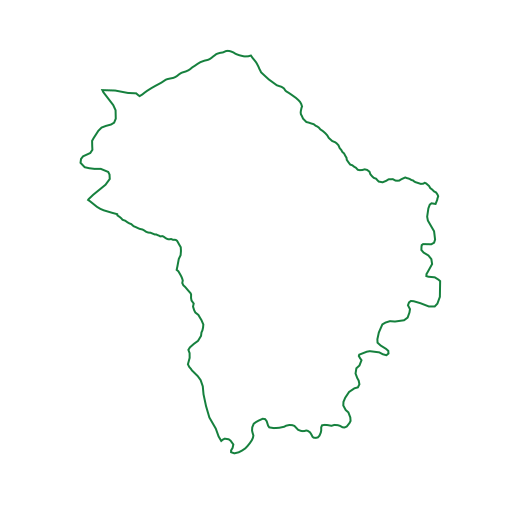 outline of Kengkhar, Mongar, Bhutan, rotated 9°
{"feature_id": "84629894B5600301866279", "entity_name": "Kengkhar", "entity_type": "district", "adm_level": 2, "iso_a3": "BTN", "parent_name": "Bhutan", "parent_adm1": "Mongar", "projection": "robinson", "projection_center": [91.304, 27.128], "detail": "fine", "context": "isolated", "style": "outline", "palette": "green", "viewbox_px": 512, "rotation_deg": 9, "n_neighbors": 0, "source": "geoboundaries", "source_scale": "gbopen_adm2", "svg_char_len": 5259}
<svg xmlns="http://www.w3.org/2000/svg" viewBox="0 0 512 512"><g transform="rotate(9 256 256)"><path d="M375.2,404.1L374.4,400.7L371.7,396.0L368.7,394.1L365.6,390.0L365.2,386.4L366.3,382.0L369.2,375.7L373.9,371.3L377.2,369.8L378.2,366.5L376.9,363.0L375.1,360.7L372.7,356.5L372.7,351.2L375.3,348.0L376.5,342.4L374.8,340.7L373.2,338.7L373.4,337.3L380.4,333.2L383.3,332.2L392.8,331.9L396.6,333.2L400.3,333.6L402.1,331.6L401.5,329.0L399.0,327.4L393.1,324.9L389.6,322.6L388.9,319.2L389.3,312.3L391.5,303.8L394.3,301.5L398.5,299.4L403.5,299.0L412.3,296.3L415.4,293.1L416.4,287.8L416.4,284.4L413.8,280.9L414.4,277.9L416.0,276.2L418.8,276.0L425.8,276.9L434.6,278.8L440.4,277.9L442.6,274.7L444.0,267.6L441.8,252.0L439.9,250.8L435.9,249.1L429.5,249.5L427.4,249.2L427.2,247.2L428.0,245.2L431.2,236.4L429.7,231.7L426.2,228.5L421.0,226.4L418.4,224.2L418.0,221.0L418.0,219.3L419.2,218.1L427.3,217.0L429.8,215.0L430.3,211.8L429.1,207.5L428.0,203.7L420.2,194.1L418.9,190.4L418.8,182.0L419.6,178.1L421.1,176.5L425.2,176.5L426.2,172.1L426.2,170.9L426.6,168.5L426.1,167.6L425.2,166.4L423.8,165.0L421.8,164.4L419.6,162.8L417.5,161.7L416.0,159.8L414.1,158.6L412.7,157.7L411.2,157.3L409.9,158.4L407.5,159.0L403.8,158.4L401.8,158.1L400.3,157.5L399.5,156.9L397.5,156.6L395.8,155.9L394.4,155.6L393.0,155.5L391.1,155.1L388.2,157.0L387.0,157.9L385.7,159.1L384.0,159.5L382.0,159.7L379.1,158.7L377.3,159.1L375.0,159.5L372.8,161.4L369.5,163.4L366.6,163.3L365.6,163.3L363.7,161.9L362.6,160.9L360.1,160.4L358.3,159.2L356.2,157.4L354.9,155.0L353.4,154.2L352.3,153.6L349.8,153.4L347.4,154.5L344.9,155.0L343.0,154.9L340.9,153.2L339.0,152.5L336.9,151.3L334.8,151.0L333.6,149.9L332.2,148.5L330.6,146.8L330.0,144.8L328.7,143.3L326.9,140.9L325.1,139.8L323.6,137.9L321.8,136.4L320.1,133.7L318.0,132.1L316.5,131.3L313.2,130.5L311.7,129.5L309.4,128.0L307.5,125.7L305.4,124.0L303.4,122.7L302.2,122.0L299.8,120.9L297.9,119.3L296.2,118.5L294.5,118.0L292.4,116.8L289.4,116.4L287.3,116.0L284.8,115.8L281.0,113.0L279.3,110.4L278.2,109.0L277.7,107.4L277.6,105.8L277.7,103.9L277.8,102.2L278.1,101.2L276.9,98.8L275.4,96.9L273.5,95.4L270.7,93.6L265.7,91.1L262.7,89.7L260.2,88.7L259.0,87.9L257.5,86.2L255.7,85.3L254.2,84.8L252.6,84.6L249.8,84.1L245.7,82.0L241.0,79.6L237.5,77.3L232.3,73.8L231.3,72.3L230.1,70.7L228.8,68.6L227.1,66.3L225.9,64.8L224.2,63.2L221.5,60.8L219.6,58.8L217.0,60.0L214.4,60.5L212.9,60.7L210.2,60.5L208.0,60.3L205.4,59.8L203.9,59.4L201.9,58.5L199.3,57.9L197.5,57.7L195.5,57.9L194.1,58.4L192.9,59.2L191.5,60.1L188.7,61.0L186.6,62.0L185.2,62.8L184.0,64.1L182.4,65.7L181.0,67.3L179.5,68.7L178.0,69.7L176.6,70.3L174.6,71.1L172.6,72.2L170.8,73.2L168.2,75.4L165.7,77.8L163.6,79.6L161.6,81.9L160.1,83.2L157.8,84.7L154.3,86.4L153.0,87.3L151.4,88.8L150.0,90.4L148.4,91.8L146.5,93.0L143.0,94.3L140.7,95.2L139.3,96.0L135.5,99.5L133.7,100.9L130.0,103.7L126.6,106.4L122.6,109.9L120.5,112.0L118.4,114.3L116.0,116.3L114.1,115.3L112.2,114.1L103.9,115.0L91.0,114.6L78.3,116.2L79.6,118.1L91.4,129.3L94.5,134.0L96.0,142.3L95.0,146.5L92.3,148.8L87.4,151.0L83.4,153.3L80.7,157.0L77.2,164.9L76.1,167.9L77.0,172.9L77.8,176.7L76.2,180.2L69.6,184.6L68.0,187.5L68.1,191.4L72.9,195.1L77.6,195.4L83.1,195.2L89.0,194.2L96.9,196.1L98.6,198.5L99.5,202.8L96.2,209.2L85.7,220.9L81.8,226.0L81.4,226.9L83.5,227.9L91.2,232.3L94.9,233.8L98.5,234.7L107.5,235.9L112.4,236.4L112.8,237.6L113.7,238.0L115.5,238.9L117.1,239.9L118.5,241.1L121.3,241.6L123.7,242.8L125.8,243.6L127.8,244.0L130.4,245.7L132.9,246.3L134.9,246.9L136.8,247.4L139.8,247.6L141.7,248.3L143.5,249.2L145.2,249.6L146.8,249.7L148.0,249.5L152.8,250.6L153.9,250.3L155.7,250.8L157.1,251.1L158.4,251.6L160.6,251.0L162.1,251.5L164.0,252.5L165.5,253.0L166.7,253.2L168.2,253.0L169.4,252.5L171.6,253.0L173.0,252.7L174.3,252.7L175.6,253.3L176.7,254.6L178.0,256.3L180.3,259.1L181.1,262.8L181.4,267.0L180.2,271.0L180.0,278.5L179.8,282.1L181.7,283.2L184.3,286.4L185.5,288.0L186.6,289.8L187.5,291.7L187.4,294.2L188.8,296.3L190.8,297.6L194.3,300.6L197.2,303.0L197.9,304.1L198.2,306.1L198.4,307.6L199.3,310.1L200.3,311.1L201.9,312.7L201.7,315.8L203.4,319.2L204.9,321.3L208.3,323.2L210.4,325.8L212.1,327.8L214.7,331.9L214.9,335.0L214.7,337.9L214.1,340.0L214.2,343.5L212.0,348.9L208.4,352.5L205.0,356.6L203.9,359.3L205.6,362.3L206.4,367.0L205.7,373.6L207.4,376.0L209.4,377.7L210.6,379.0L217.3,383.8L220.7,387.2L223.8,393.0L225.8,400.8L230.1,412.0L235.2,422.8L243.3,432.8L247.3,440.1L250.6,444.1L251.9,442.6L253.7,441.3L257.7,441.3L259.8,442.4L263.1,445.7L263.0,447.3L262.9,449.2L261.8,451.9L262.1,453.7L265.5,454.3L269.6,452.6L272.6,450.4L275.5,447.7L277.3,445.1L279.2,441.8L280.7,438.6L281.4,436.0L281.5,433.7L280.2,431.0L279.4,429.0L279.1,425.8L280.0,422.0L282.0,420.0L284.3,418.2L288.1,415.7L290.5,415.7L292.4,417.5L293.3,419.3L294.5,421.7L295.9,423.2L300.2,423.2L302.5,422.8L305.9,422.0L309.6,420.6L310.6,420.2L312.3,418.9L315.4,417.7L318.2,417.4L320.5,417.8L322.2,419.1L324.8,421.1L327.7,421.7L329.2,421.7L331.2,421.3L332.9,420.5L334.5,420.6L336.9,421.7L338.6,423.6L340.1,425.7L341.3,426.4L343.5,426.3L345.5,425.5L346.8,423.5L347.6,420.3L347.7,418.1L347.2,415.0L347.7,412.9L350.1,412.1L353.1,411.8L357.1,411.9L359.8,410.6L363.2,410.3L365.5,410.6L368.1,411.6L370.0,411.6L371.3,410.9L372.4,410.1L374.5,406.3L375.2,404.1Z" fill="none" stroke="#15803d" stroke-width="2"/></g></svg>